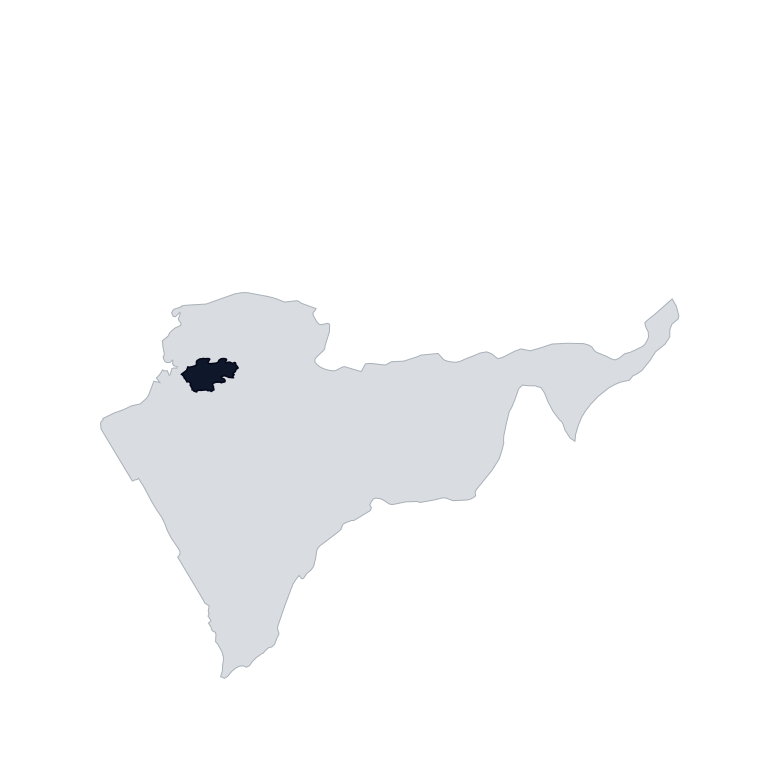 location of Nkam, Littoral, Cameroon, rotated 59°
{"feature_id": "32672807B89475673783386", "entity_name": "Nkam", "entity_type": "district", "adm_level": 2, "iso_a3": "CMR", "parent_name": "Cameroon", "parent_adm1": "Littoral", "projection": "robinson", "projection_center": [10.192, 4.582], "detail": "fine", "context": "in_parent", "style": "filled", "palette": "ink", "viewbox_px": 768, "rotation_deg": 59, "n_neighbors": 0, "source": "geoboundaries", "source_scale": "gbopen_adm2", "svg_char_len": 5460}
<svg xmlns="http://www.w3.org/2000/svg" viewBox="0 0 768 768"><g transform="rotate(59 384 384)"><path d="M212.8,517.7L214.2,513.8L223.9,495.2L229.9,465.4L232.7,458.4L235.6,453.8L249.7,437.9L254.9,432.9L262.5,427.1L267.9,415.5L269.8,414.3L272.2,413.3L284.3,403.4L285.4,405.3L286.2,407.7L287.1,408.8L291.0,409.5L296.4,409.5L299.5,408.8L301.1,406.8L302.8,401.3L303.8,400.3L305.1,400.0L311.0,403.8L320.7,414.6L323.2,416.6L324.2,418.7L326.3,428.5L327.6,430.9L329.7,431.9L333.4,431.3L337.4,429.5L340.8,427.0L344.2,423.8L346.5,420.8L347.6,418.7L348.1,410.7L348.8,408.9L361.5,397.3L361.2,396.2L359.1,392.9L357.2,389.4L359.1,385.6L361.0,382.8L368.4,373.2L368.8,366.1L374.6,355.2L378.0,340.6L378.1,337.8L385.7,321.9L393.8,320.4L396.8,318.2L400.4,314.2L402.7,310.5L403.8,307.0L404.6,300.3L406.0,292.5L406.9,285.8L409.3,279.5L413.3,276.3L420.3,273.7L421.3,272.5L422.3,268.3L423.3,254.5L424.5,248.4L430.9,241.5L433.8,230.7L436.3,219.4L443.6,205.7L452.2,192.1L456.2,188.4L459.5,186.7L463.4,186.6L466.0,185.6L475.3,178.8L479.2,176.5L482.0,174.1L482.7,172.1L483.0,169.1L482.0,162.1L483.6,156.9L484.5,148.9L484.9,142.7L484.5,140.5L482.8,136.9L480.0,133.0L475.4,130.7L469.0,130.1L465.6,128.7L464.4,121.5L463.9,117.0L459.5,93.2L467.6,93.3L477.3,96.1L479.7,98.3L481.0,106.4L484.6,111.0L490.8,114.8L494.6,122.6L496.2,134.5L499.6,141.6L500.4,142.7L505.3,156.1L505.6,162.3L505.2,166.5L507.2,171.6L504.2,180.4L503.4,185.9L503.1,193.4L504.9,206.8L507.8,217.2L511.0,225.5L514.4,232.0L519.9,239.2L525.9,245.7L531.4,249.8L526.3,252.3L516.4,252.6L510.7,251.2L508.0,251.1L505.3,252.0L494.7,253.2L484.0,252.6L474.1,251.0L468.1,251.3L463.5,255.3L459.8,261.2L456.2,266.0L457.5,271.2L460.1,274.1L465.3,280.5L469.9,286.7L472.2,290.9L481.4,300.0L490.2,308.1L494.4,310.9L496.0,311.5L500.8,316.2L507.5,323.8L513.6,335.8L522.3,359.8L524.1,361.8L527.1,363.1L527.4,365.6L527.2,369.4L526.3,372.4L519.5,385.0L513.5,389.8L511.7,392.7L509.5,400.0L504.1,414.2L501.7,416.2L496.3,425.9L492.0,438.1L490.9,440.0L489.1,441.5L482.8,444.5L480.7,446.0L477.5,449.8L477.0,452.3L478.5,455.7L480.3,458.5L483.6,458.5L485.4,461.1L485.5,480.0L484.0,482.8L484.0,484.1L483.3,487.3L483.1,491.0L483.5,492.4L484.8,493.6L486.6,496.1L487.5,501.9L489.7,522.3L490.7,525.5L492.5,527.8L498.0,532.2L503.8,538.0L505.7,541.7L506.7,547.9L509.0,552.7L508.9,554.4L508.0,555.0L504.4,555.4L505.6,558.9L508.6,565.1L523.5,583.9L537.8,600.8L541.1,602.0L543.6,602.4L544.7,603.4L546.0,605.8L550.8,611.9L551.6,615.5L550.6,618.8L551.7,624.1L552.5,626.0L552.2,627.7L552.7,634.1L554.1,639.7L556.2,644.5L555.9,647.8L553.2,649.7L551.6,652.8L551.1,657.1L551.9,662.4L554.1,668.7L554.1,672.3L550.7,674.8L546.9,670.5L542.6,667.6L536.3,662.6L530.0,660.8L521.7,660.5L518.2,661.1L512.1,657.0L510.1,656.4L507.4,658.1L505.5,658.2L503.2,657.5L498.5,657.6L498.1,654.7L497.3,654.1L492.3,654.4L490.7,652.0L490.0,652.3L488.0,651.5L484.0,648.1L479.7,650.4L470.8,650.1L426.1,650.0L425.0,646.8L422.8,645.2L418.8,645.0L406.9,645.7L397.8,645.2L391.7,643.9L384.1,643.2L374.8,643.7L365.1,643.7L348.0,642.8L338.5,643.0L338.7,644.9L338.1,646.3L337.6,649.7L276.9,649.7L272.0,647.4L270.5,645.9L270.0,643.1L268.8,642.7L269.8,630.7L271.8,620.8L272.7,611.5L275.5,603.2L274.0,595.0L272.2,591.4L263.1,579.8L267.3,575.4L261.7,576.0L260.5,571.7L257.8,566.5L259.5,565.7L261.1,562.9L266.1,563.7L265.9,562.4L261.6,558.0L262.0,555.8L263.8,553.4L262.9,552.3L259.8,554.9L257.6,554.8L255.8,553.2L254.6,552.9L255.3,556.2L253.6,559.2L251.9,560.2L249.1,560.0L246.8,559.3L246.2,557.6L244.0,556.4L237.9,554.2L232.8,551.6L231.8,544.5L229.8,541.4L228.9,538.0L228.4,534.1L229.1,528.0L227.8,527.0L226.4,526.7L224.1,527.0L222.1,526.7L219.7,523.3L217.5,522.0L218.9,528.2L217.4,529.9L213.7,529.4L212.1,527.1L211.8,525.3L213.5,517.9L212.8,517.7Z" fill="#d9dde1" stroke="#a8b0b8" stroke-width="1"/><path d="M301.0,509.8L299.9,509.6L299.3,509.5L299.0,508.1L298.7,507.7L297.8,508.3L297.1,507.6L296.8,505.3L296.5,504.7L295.4,503.5L295.2,502.5L295.3,501.1L294.9,500.7L292.7,500.8L291.6,501.2L290.2,500.6L289.1,500.5L288.5,501.3L288.4,503.2L285.8,504.9L284.6,507.6L284.4,508.6L283.2,508.6L282.3,506.5L281.4,506.4L281.0,506.6L280.9,506.8L279.9,507.8L279.3,508.8L278.5,510.7L278.6,513.2L279.7,514.8L279.9,515.8L279.8,516.1L279.6,517.0L279.2,518.2L278.4,519.7L277.5,521.7L276.1,523.8L275.3,523.9L274.5,523.3L274.2,522.6L273.5,521.4L273.0,520.6L272.3,520.7L271.3,522.1L270.7,523.1L270.6,523.7L270.2,524.4L269.6,525.0L269.0,525.7L268.6,527.1L267.7,528.8L267.6,531.8L267.9,532.8L268.8,533.7L270.8,534.6L271.1,536.6L270.4,539.2L269.4,542.2L268.3,543.3L270.6,546.2L271.0,549.7L271.1,550.8L271.3,552.6L271.8,552.4L272.3,552.3L274.0,551.6L274.4,552.0L274.9,551.9L275.4,551.8L276.2,552.2L276.5,552.2L277.2,551.6L278.4,551.8L279.9,551.7L280.4,551.9L280.8,551.8L280.9,551.4L281.6,550.1L282.6,549.7L283.5,549.6L284.6,550.0L285.1,550.7L286.2,550.7L287.6,550.8L288.3,550.5L289.7,551.3L290.2,551.5L291.0,550.7L292.2,550.6L293.4,549.5L294.0,549.2L294.3,548.6L293.7,547.9L293.8,546.8L294.2,545.5L294.6,545.0L295.0,544.5L295.9,542.8L296.1,542.2L296.2,541.9L296.8,540.9L297.4,539.4L299.1,538.4L299.6,537.3L299.8,536.6L301.4,535.9L301.4,534.4L301.3,533.1L301.4,532.8L300.8,532.5L300.1,532.3L299.5,532.2L298.1,531.4L297.1,531.6L295.9,531.0L295.6,530.3L295.5,530.0L295.6,528.4L296.2,526.6L297.3,524.7L298.3,523.2L299.1,523.0L299.7,520.7L300.2,519.4L299.3,518.4L297.5,518.4L295.0,520.2L294.0,520.1L294.5,516.8L296.0,515.3L298.4,513.6L300.4,510.9L300.5,510.8L301.0,509.8Z" fill="#0f172a" stroke="#020617" stroke-width="1.5"/></g></svg>